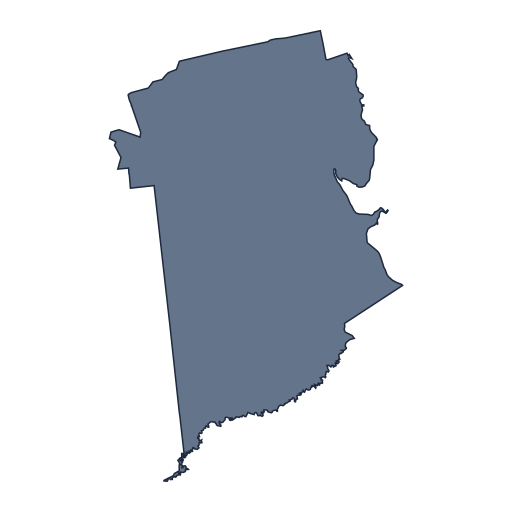 Ķūļciema pag., Talsi, Latvia (Mercator projection)
{"feature_id": "27541924B13857395207606", "entity_name": "Ķūļciema pag.", "entity_type": "district", "adm_level": 2, "iso_a3": "LVA", "parent_name": "Latvia", "parent_adm1": "Talsi", "projection": "mercator", "projection_center": [23.02, 57.24], "detail": "fine", "context": "isolated", "style": "filled", "palette": "slate", "viewbox_px": 512, "rotation_deg": 0, "n_neighbors": 0, "source": "geoboundaries", "source_scale": "gbopen_adm2", "svg_char_len": 6087}
<svg xmlns="http://www.w3.org/2000/svg" viewBox="0 0 512 512"><path d="M173.5,475.6L164.1,480.3L163.9,480.9L167.1,481.3L167.9,480.1L168.2,479.2L168.1,478.4L169.2,478.4L170.9,479.7L171.5,479.3L172.3,479.4L172.2,478.6L172.8,477.6L172.9,476.7L175.6,477.1L175.6,476.6L176.3,476.5L176.8,475.6L178.1,475.2L179.0,474.1L178.5,473.0L178.6,472.7L179.0,472.6L179.9,473.6L179.4,474.6L180.1,475.1L180.7,473.9L179.9,472.5L180.5,472.1L183.6,472.4L185.4,471.4L185.4,469.7L188.4,469.4L187.9,468.8L185.8,468.0L186.0,467.1L185.9,466.5L185.3,465.9L183.7,465.9L183.1,466.4L183.0,467.6L182.0,467.8L182.3,466.0L182.1,465.1L180.8,464.8L182.5,462.2L181.9,461.2L180.4,460.6L180.0,460.1L181.3,459.4L183.1,460.5L183.3,459.9L182.1,457.8L182.6,457.3L184.0,457.5L183.6,456.5L184.6,456.7L185.0,457.5L185.4,457.1L185.2,456.1L183.7,455.6L183.4,454.7L184.2,454.6L186.3,455.7L187.3,454.0L186.5,453.8L185.9,453.0L186.2,452.2L189.5,453.2L190.4,452.1L189.0,451.3L190.3,451.1L190.8,450.1L191.5,450.4L192.0,451.5L192.5,451.4L192.4,450.4L192.0,449.6L192.9,448.7L192.8,447.9L193.0,447.6L194.2,448.1L194.0,448.6L194.3,448.8L197.1,449.4L198.9,448.0L199.0,447.7L197.8,446.1L198.9,445.3L199.1,444.5L198.9,443.2L199.5,442.6L200.8,443.0L201.9,442.7L201.8,441.7L201.2,441.0L201.6,439.9L199.5,440.9L198.9,440.1L199.2,439.0L197.7,438.3L197.9,436.6L198.9,437.1L199.6,436.4L198.9,434.8L199.0,433.5L199.7,432.9L201.1,433.5L201.8,433.1L202.0,432.1L201.5,430.7L203.2,430.2L204.2,428.1L205.5,428.1L205.7,426.3L206.0,425.9L206.6,425.9L207.6,427.0L208.7,427.2L208.7,425.8L207.9,424.2L210.4,422.0L211.8,421.6L213.4,422.2L214.8,421.9L215.3,422.4L215.4,423.2L216.0,423.4L216.6,425.0L217.4,425.6L220.8,426.3L220.9,425.1L219.5,423.9L219.2,422.1L219.4,421.4L219.9,421.4L220.9,422.8L222.8,422.3L225.1,419.6L225.2,417.7L226.0,417.3L227.6,417.4L229.2,418.4L230.0,418.0L230.2,418.4L229.4,419.4L229.4,419.7L229.8,420.3L230.7,420.4L230.8,420.0L230.5,418.8L231.0,418.1L232.0,417.9L232.4,418.6L232.0,419.1L231.9,420.0L232.2,420.2L235.7,417.9L236.1,416.8L239.3,417.4L240.2,416.5L242.0,416.8L242.6,415.4L243.2,415.3L244.8,416.5L245.9,416.6L248.0,412.4L249.9,413.4L254.1,414.6L255.0,412.6L255.7,412.6L256.6,412.9L257.9,415.6L259.0,415.8L259.9,415.1L260.7,415.2L261.0,416.0L262.5,416.2L263.1,415.3L262.5,413.8L262.8,413.5L261.3,413.0L261.2,412.4L261.9,412.0L263.6,412.7L264.3,411.7L263.7,410.8L263.9,409.9L266.6,410.0L267.5,410.5L267.6,411.5L267.9,411.8L271.3,412.8L272.1,412.4L272.3,411.3L273.7,410.5L276.4,410.0L276.4,410.6L276.8,411.2L277.4,411.3L277.6,411.0L277.2,409.8L279.0,405.9L281.0,405.1L282.9,405.7L284.9,404.4L284.8,403.6L287.2,402.8L288.7,401.5L290.0,401.3L290.1,400.5L289.4,400.0L291.9,399.3L292.7,397.8L293.8,397.9L294.2,399.0L294.5,401.2L294.7,401.7L295.5,401.8L296.0,399.5L297.5,398.9L296.9,396.1L297.2,395.4L300.7,395.0L301.1,394.3L299.4,393.3L300.5,392.8L301.3,393.2L302.2,392.2L303.1,390.4L304.0,392.1L304.5,392.2L305.8,389.5L306.4,389.0L308.1,390.0L309.6,389.9L310.4,389.3L310.8,387.7L312.4,386.6L311.6,386.0L312.2,385.5L314.0,386.2L315.7,388.2L316.0,387.3L315.3,385.9L314.8,385.8L314.5,384.4L317.3,385.6L317.7,385.3L317.7,384.5L318.5,383.0L318.8,383.1L318.8,383.8L319.3,385.1L319.7,384.8L319.9,383.9L320.6,383.0L322.2,383.3L322.6,382.9L322.2,382.3L322.6,380.6L322.5,380.0L321.0,379.8L321.4,378.8L320.3,377.8L323.4,376.8L324.8,376.9L325.2,377.7L325.8,377.1L325.4,376.2L325.4,375.0L326.0,373.7L325.9,372.3L326.2,371.8L327.0,371.3L328.1,372.1L328.9,371.2L328.9,370.6L327.7,368.5L327.6,366.9L326.9,365.5L328.8,365.3L330.9,367.0L331.9,365.2L333.6,365.7L333.2,366.5L333.4,367.0L336.0,365.8L335.9,364.7L335.2,363.5L335.4,362.8L336.3,362.5L336.4,363.5L337.7,363.7L339.2,362.0L336.6,360.9L339.8,359.6L339.9,359.3L338.9,359.0L339.3,357.3L338.9,356.3L338.8,354.6L339.8,354.1L340.4,353.2L341.3,353.4L343.3,351.8L343.3,351.2L341.8,350.4L344.3,350.2L346.3,348.5L346.4,347.6L345.3,346.7L345.3,345.8L345.6,343.7L346.5,342.3L349.8,339.6L354.3,338.4L352.1,335.5L345.2,332.1L344.2,329.7L344.8,326.2L344.5,323.4L402.6,285.4L401.6,284.4L396.9,282.6L392.5,280.3L388.3,276.5L387.0,274.6L385.2,269.7L383.9,267.4L380.9,257.7L379.2,253.5L377.5,251.2L367.4,242.8L367.1,241.9L366.4,233.4L368.0,228.9L370.7,226.8L374.8,225.0L376.4,223.1L377.2,224.3L377.7,224.0L377.7,222.8L377.3,222.2L377.4,219.3L379.1,216.9L379.5,213.6L380.4,211.6L382.4,211.2L386.0,213.3L386.4,213.1L388.1,210.5L387.5,210.0L385.9,211.9L385.3,212.0L384.7,211.8L383.3,209.5L381.2,207.8L380.4,207.8L378.8,209.7L376.3,211.5L375.0,211.8L373.3,214.3L371.3,215.5L368.1,214.4L359.0,214.0L355.9,212.9L353.9,210.4L351.7,206.0L350.3,204.0L346.9,195.7L342.8,190.3L339.8,184.6L337.3,181.8L335.2,176.7L334.6,175.9L333.8,172.3L333.9,169.1L335.2,169.1L335.8,170.6L335.7,173.5L337.2,176.7L339.0,179.0L341.0,180.6L341.7,180.9L342.1,178.4L344.2,178.6L349.6,180.8L353.4,183.6L356.9,184.6L356.8,186.0L358.8,187.1L361.9,187.1L364.8,186.0L366.2,183.8L369.2,180.3L369.7,178.2L370.4,170.6L370.7,169.1L372.8,165.2L373.9,160.1L373.9,146.3L376.5,141.3L377.5,140.4L376.8,140.6L376.6,139.2L377.2,139.2L376.2,137.3L371.7,132.7L370.2,130.4L369.7,128.2L369.6,125.5L365.9,124.6L364.4,121.1L362.3,119.5L361.3,117.6L361.1,114.7L362.3,110.6L362.5,109.2L361.7,106.1L363.8,106.0L363.8,104.8L361.8,104.9L360.1,101.7L359.8,99.8L360.5,98.8L362.4,97.8L363.2,96.2L363.1,94.9L358.9,91.9L358.3,90.6L358.4,88.7L358.1,88.0L356.7,86.8L356.4,86.0L355.6,82.5L356.6,78.4L356.7,75.9L356.2,69.4L353.0,66.5L352.9,64.5L348.4,58.7L349.2,57.5L351.9,58.6L349.2,54.4L348.2,55.8L347.0,53.2L327.7,59.8L326.0,59.5L322.9,43.0L320.3,30.7L284.9,38.1L275.4,38.9L270.2,40.1L267.7,41.8L222.1,51.2L179.4,61.2L176.4,69.5L168.6,72.5L168.6,72.9L168.1,72.9L165.6,75.3L162.2,79.5L152.9,81.9L148.4,88.0L131.4,92.6L129.2,93.7L128.1,94.9L129.3,99.9L131.5,105.1L131.2,105.7L131.8,106.5L140.7,132.3L140.1,137.1L119.0,129.7L111.0,132.1L109.4,138.6L113.4,140.4L115.9,142.1L114.5,145.2L121.0,157.5L117.8,169.1L128.5,168.1L129.0,174.1L129.3,174.4L130.4,188.2L154.1,185.6L169.9,325.4L179.3,412.5L179.9,416.5L184.1,453.8L181.7,453.4L181.7,457.4L180.0,458.0L177.9,460.3L179.6,463.2L179.1,465.9L179.3,470.7L174.3,473.6L173.5,475.6Z" fill="#64748b" stroke="#1e293b" stroke-width="1.5"/></svg>